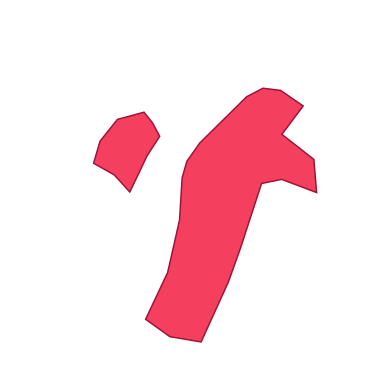 outline of Ash Shamālīyah, rotated 33°
{"feature_id": "BHR-4927", "entity_name": "Ash Shamālīyah", "entity_type": "Governorate", "adm_level": 1, "iso_a3": "BHR", "parent_name": "Bahrain", "parent_adm1": "", "projection": "mercator", "projection_center": [50.465, 26.145], "detail": "fine", "context": "isolated", "style": "filled", "palette": "rose", "viewbox_px": 384, "rotation_deg": 33, "n_neighbors": 0, "source": "natural_earth", "source_scale": "10m", "svg_char_len": 556}
<svg xmlns="http://www.w3.org/2000/svg" viewBox="0 0 384 384"><g transform="rotate(33 192 192)"><path d="M222.4,324.0L215.4,272.7L196.8,222.3L176.0,185.5L171.0,169.1L171.8,146.8L186.0,82.2L195.0,66.3L210.8,58.6L211.0,58.6L212.2,58.6L238.4,59.3L236.0,94.7L276.5,98.3L296.8,124.6L260.3,132.6L245.7,147.0L263.5,213.7L271.6,248.0L281.3,312.8L252.2,325.4L222.4,324.0ZM108.3,151.2L121.4,155.6L134.6,162.9L134.6,186.3L137.2,205.4L139.8,225.9L117.5,220.0L93.8,221.5L87.2,199.5L89.9,171.7L108.3,151.2Z" fill="#f43f5e" stroke="#9f1239" stroke-width="1.5"/></g></svg>